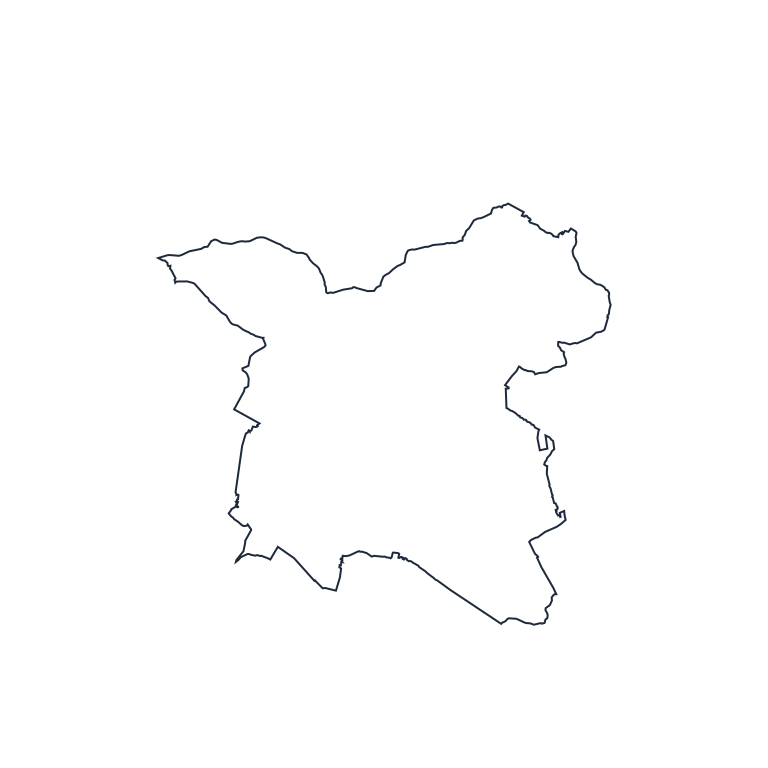 the district of Stanita, Neamt, Romania, rotated 300°
{"feature_id": "2599482B66033440846338", "entity_name": "Stanita", "entity_type": "district", "adm_level": 2, "iso_a3": "ROU", "parent_name": "Romania", "parent_adm1": "Neamt", "projection": "orthographic", "projection_center": [27.139, 47.016], "detail": "fine", "context": "isolated", "style": "outline", "palette": "slate", "viewbox_px": 768, "rotation_deg": 300, "n_neighbors": 0, "source": "geoboundaries", "source_scale": "gbopen_adm2", "svg_char_len": 6166}
<svg xmlns="http://www.w3.org/2000/svg" viewBox="0 0 768 768"><g transform="rotate(300 384 384)"><path d="M234.9,605.4L236.2,605.6L239.1,607.7L242.6,608.5L243.7,609.6L246.9,616.1L247.7,625.1L248.1,626.8L249.8,630.2L250.5,634.2L254.8,638.7L255.3,639.4L255.3,640.5L257.4,642.5L260.8,641.6L262.8,642.5L265.4,641.5L267.1,639.9L268.9,636.9L270.7,636.1L275.5,638.2L280.5,637.7L282.9,636.0L285.0,636.1L287.0,636.7L288.1,638.3L292.0,632.7L304.1,611.8L310.2,603.3L311.3,603.9L311.9,602.7L312.4,599.7L319.8,588.7L322.4,589.3L326.7,592.2L327.9,593.7L336.5,597.5L346.7,605.0L350.9,607.1L357.1,609.3L360.5,606.1L364.1,603.5L360.3,600.7L357.3,603.4L356.9,603.1L358.3,601.5L357.1,600.5L358.7,597.6L359.7,596.6L360.4,596.9L360.8,595.7L362.7,596.7L364.2,596.0L364.6,594.8L366.4,592.4L366.0,590.8L370.2,586.8L370.2,586.1L372.1,585.6L372.1,585.0L376.6,580.7L378.6,577.9L379.6,577.8L387.6,569.9L394.5,566.4L394.2,565.2L394.4,563.0L396.8,562.4L399.2,562.8L401.5,562.2L406.0,563.3L409.9,563.1L412.7,564.0L419.2,559.0L419.4,557.1L420.5,554.0L420.2,549.6L409.7,557.8L404.5,552.1L413.9,543.9L420.2,541.4L422.1,541.2L421.8,537.0L422.1,535.9L423.1,534.6L423.2,533.6L422.6,532.1L423.2,531.4L423.6,529.4L422.9,526.9L423.3,526.3L423.3,525.7L423.8,525.3L423.8,524.2L423.0,523.0L423.7,521.1L423.2,518.5L424.2,517.4L423.7,516.2L424.6,512.2L424.7,508.5L424.2,506.5L424.6,503.9L424.4,502.1L440.8,491.8L442.5,494.1L443.3,493.7L443.5,489.4L454.8,490.8L461.4,492.3L466.6,492.1L466.8,493.1L466.3,495.4L466.3,498.7L467.0,499.9L466.9,501.7L468.9,505.6L469.3,507.9L468.0,510.1L470.8,512.5L475.6,519.1L482.7,522.7L484.8,524.6L487.5,528.7L488.2,529.0L491.0,531.7L493.6,531.3L496.6,528.5L497.5,527.0L499.9,524.5L501.6,524.1L501.8,520.5L503.5,518.1L504.2,515.6L507.5,513.9L507.9,514.2L508.9,518.0L509.8,519.1L511.2,525.2L514.2,527.9L515.3,529.5L515.7,530.8L528.0,540.0L534.5,542.0L537.7,545.8L540.1,547.3L541.3,547.8L553.8,544.7L553.6,544.0L555.3,543.3L556.4,543.8L557.2,543.7L560.7,542.1L565.9,540.7L567.7,538.6L572.7,534.5L574.1,534.3L575.6,533.2L576.9,530.6L576.5,529.0L577.8,526.7L578.1,525.1L578.1,521.8L577.0,518.8L576.8,516.6L577.8,510.8L577.8,507.2L578.8,500.8L579.6,498.4L581.0,495.9L585.7,491.0L589.5,484.3L592.4,481.5L594.1,480.5L597.2,480.1L600.5,480.3L603.2,479.5L607.3,476.4L611.1,475.2L612.0,473.6L612.1,468.1L608.0,467.6L607.0,464.1L603.7,464.0L602.8,463.6L602.8,463.2L604.4,462.3L602.8,461.2L600.4,460.5L598.3,461.5L596.7,456.8L597.5,455.4L597.8,453.0L597.3,450.9L596.6,450.3L596.3,447.9L596.7,446.2L596.6,441.5L598.2,438.1L598.3,437.2L596.9,429.7L597.7,428.1L599.2,428.9L599.9,428.4L600.2,427.7L600.1,425.9L601.0,423.6L600.5,422.2L599.3,422.2L598.7,419.2L602.7,419.1L602.3,401.3L599.6,399.6L598.9,398.4L597.3,397.5L596.0,398.0L595.6,397.6L595.8,396.1L595.4,394.9L593.1,393.2L591.2,390.6L588.6,390.5L585.1,391.4L578.6,387.0L576.0,384.9L574.2,382.5L570.6,380.0L561.5,379.8L557.6,378.6L553.5,379.4L550.4,378.8L547.8,380.2L547.2,380.2L546.0,378.2L542.4,375.8L541.3,374.6L540.4,372.3L539.0,370.9L537.5,368.0L535.2,366.0L529.0,357.1L524.7,353.4L523.7,351.5L515.6,343.2L514.4,340.8L511.9,338.3L510.6,338.0L506.7,338.3L499.6,341.0L495.1,338.4L493.1,336.8L488.2,334.6L482.5,332.9L479.2,330.8L476.6,329.8L469.6,330.8L467.6,331.7L463.9,329.3L459.7,328.9L456.3,323.5L453.4,312.4L453.1,309.8L452.2,308.8L451.0,308.5L445.3,301.5L437.4,294.3L436.6,291.9L434.6,290.1L434.4,289.3L434.6,288.1L438.9,285.1L440.7,282.6L442.1,282.1L445.3,278.7L447.7,275.8L448.6,273.6L451.5,269.9L452.4,267.3L453.1,262.0L454.7,257.1L455.6,256.2L457.5,252.0L456.7,247.6L454.1,243.2L453.0,238.0L453.5,234.5L452.6,230.2L453.0,224.2L452.5,221.8L451.2,208.3L450.6,206.2L449.3,203.7L447.1,200.8L440.5,196.3L438.1,192.8L436.4,189.2L434.0,186.4L429.9,182.8L428.6,181.0L425.3,173.2L425.1,167.3L424.5,165.2L421.3,162.9L414.7,162.6L412.8,159.9L409.5,158.0L401.7,149.2L394.5,144.2L392.5,142.3L388.4,133.7L387.1,131.9L380.2,125.5L380.4,130.5L381.3,132.6L380.5,136.1L379.2,136.8L378.2,138.3L379.6,139.9L376.9,141.0L376.1,143.1L371.3,150.6L369.5,150.5L367.3,152.6L368.8,153.0L369.5,153.9L374.4,162.2L375.9,167.6L376.1,169.8L370.9,185.5L370.5,188.7L368.6,191.1L368.2,192.1L367.3,198.0L364.6,207.8L364.5,213.2L360.9,219.3L360.1,221.8L360.1,223.4L361.4,228.2L360.6,234.9L360.8,238.5L361.2,241.0L360.9,242.9L361.5,247.0L361.3,248.7L363.0,255.2L363.7,256.5L362.7,256.7L359.1,261.4L358.2,262.1L356.0,261.7L346.8,256.3L341.3,254.5L339.9,254.7L331.9,257.5L326.8,253.6L325.2,254.6L324.9,258.6L323.9,260.8L321.0,264.2L314.3,267.5L312.7,266.9L310.9,265.4L307.6,266.4L287.1,266.9L287.6,295.9L284.7,294.7L284.4,294.9L284.3,295.7L283.8,295.6L282.7,294.6L281.5,291.7L277.5,292.4L276.4,291.7L276.3,290.6L275.4,291.4L275.5,290.1L273.6,290.2L272.3,289.2L270.2,289.5L259.5,292.1L216.0,309.6L214.9,311.2L214.0,311.7L215.1,312.6L215.1,313.5L211.2,315.2L210.5,314.5L209.1,315.2L208.0,314.5L207.6,315.4L208.1,316.0L208.8,316.1L208.9,316.5L206.4,316.9L206.2,316.3L205.5,316.6L204.9,316.3L204.2,317.0L204.9,318.1L204.9,318.9L204.6,319.2L204.0,318.8L204.0,318.0L203.5,316.9L199.2,314.4L198.5,314.7L194.3,314.2L193.0,317.6L192.8,319.8L192.0,322.0L191.7,326.6L190.8,330.9L190.7,333.1L191.1,334.0L192.8,336.1L194.2,336.2L191.6,341.6L190.9,342.0L178.8,342.2L177.0,343.2L168.9,345.9L157.7,344.2L155.9,344.7L158.9,345.9L162.4,346.6L168.5,350.8L169.2,351.9L169.7,354.7L171.0,358.4L172.4,359.7L173.2,363.0L173.8,363.4L175.0,370.5L175.1,373.3L189.9,373.5L188.2,393.2L179.0,421.3L178.8,422.2L179.4,422.3L176.4,433.0L178.0,435.2L181.0,445.7L194.6,442.5L202.8,439.1L202.9,437.0L205.0,436.2L205.3,437.3L208.6,436.0L208.9,436.9L209.2,436.1L210.4,436.1L210.6,434.1L211.6,434.1L212.0,435.2L214.6,434.1L215.7,436.8L218.0,439.6L226.7,445.8L226.8,447.0L227.9,449.2L228.9,453.6L228.4,459.7L230.2,461.3L233.8,469.3L234.9,470.9L235.1,473.0L236.0,474.7L236.4,476.9L237.6,477.3L242.3,476.0L242.9,476.7L244.6,480.8L244.5,482.1L240.7,483.3L240.9,484.1L242.9,485.4L243.1,487.4L242.0,487.4L241.8,488.4L242.1,489.2L243.9,489.6L243.9,490.0L243.8,491.3L243.0,492.1L243.0,494.2L243.8,495.2L244.0,496.4L243.6,499.7L243.9,500.7L243.7,502.9L243.9,504.4L243.0,506.2L242.5,513.3L241.7,516.8L240.8,524.4L240.3,525.9L240.5,528.3L238.8,544.4L234.9,605.4Z" fill="none" stroke="#1e293b" stroke-width="2"/></g></svg>